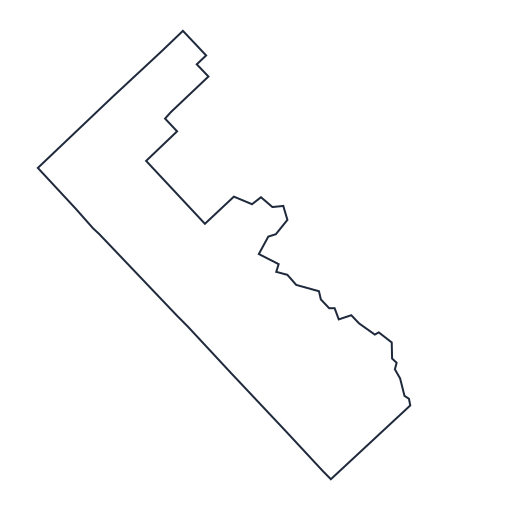 Daggett, Utah, United States of America (Equal Earth projection), rotated 227°
{"feature_id": "52423323B11713615071349", "entity_name": "Daggett", "entity_type": "district", "adm_level": 2, "iso_a3": "USA", "parent_name": "United States of America", "parent_adm1": "Utah", "projection": "equal_earth", "projection_center": [-109.574, 40.832], "detail": "fine", "context": "isolated", "style": "outline", "palette": "slate", "viewbox_px": 512, "rotation_deg": 227, "n_neighbors": 0, "source": "geoboundaries", "source_scale": "gbopen_adm2", "svg_char_len": 839}
<svg xmlns="http://www.w3.org/2000/svg" viewBox="0 0 512 512"><g transform="rotate(227 256 256)"><path d="M41.5,266.9L47.3,270.5L52.4,269.2L68.2,277.9L78.4,280.3L82.0,286.0L88.2,285.6L100.2,296.3L116.4,293.7L117.5,289.3L136.5,285.4L147.7,285.3L153.2,273.3L164.2,277.9L167.9,273.9L180.0,273.8L187.3,278.0L207.4,265.7L220.8,266.1L230.6,260.0L234.6,267.0L255.5,259.4L261.8,278.2L258.4,285.4L261.0,303.6L274.0,310.1L280.6,301.4L295.6,299.7L296.6,288.4L314.5,280.3L314.4,240.6L400.5,240.5L401.0,283.3L418.5,283.2L419.3,291.8L419.7,343.6L436.6,343.4L436.7,356.3L470.5,356.1L470.1,325.4L470.2,259.6L469.2,156.5L413.7,156.4L387.4,155.7L379.0,156.3L266.6,157.5L251.2,158.0L247.2,158.0L187.6,157.9L170.7,158.0L170.0,158.0L107.6,158.3L107.1,158.3L53.0,158.2L42.1,158.5L41.7,158.5L41.5,266.9Z" fill="none" stroke="#1e293b" stroke-width="2"/></g></svg>